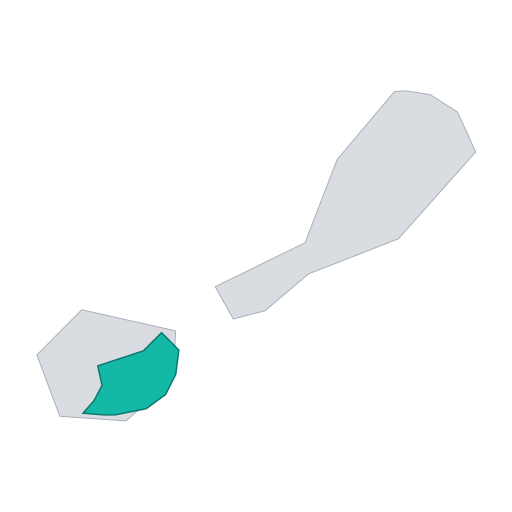 where Saint James Windward sits in Saint Kitts and Nevis, rotated 96°
{"feature_id": "KNA-5103", "entity_name": "Saint James Windward", "entity_type": "Parish", "adm_level": 1, "iso_a3": "KNA", "parent_name": "Saint Kitts and Nevis", "parent_adm1": "", "projection": "natural_earth1", "projection_center": [-62.57, 17.171], "detail": "fine", "context": "in_parent", "style": "filled", "palette": "teal", "viewbox_px": 512, "rotation_deg": 96, "n_neighbors": 0, "source": "natural_earth", "source_scale": "10m", "svg_char_len": 622}
<svg xmlns="http://www.w3.org/2000/svg" viewBox="0 0 512 512"><g transform="rotate(96 256 256)"><path d="M321.0,272.0L290.8,293.4L237.7,208.6L151.9,185.5L77.9,135.5L76.1,124.7L77.3,99.6L91.8,70.6L129.6,48.4L224.0,116.2L268.3,201.9L309.5,241.3L321.0,272.0ZM435.9,434.3L377.3,463.6L327.7,423.7L338.9,328.1L386.3,325.5L433.6,368.0L435.9,434.3Z" fill="#d9dde1" stroke="#a8b0b8" stroke-width="1"/><path d="M342.1,341.9L357.7,322.9L382.0,323.4L403.1,331.4L419.3,349.2L428.7,379.3L430.0,391.7L430.4,411.6L416.6,401.9L400.7,395.6L381.8,401.9L362.1,358.2L342.1,341.9Z" fill="#14b8a6" stroke="#0f766e" stroke-width="1.5"/></g></svg>